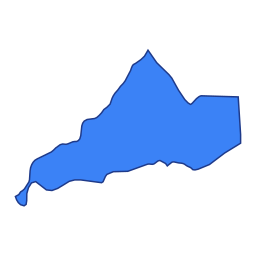 the border of Dedza
{"feature_id": "MWI-1907", "entity_name": "Dedza", "entity_type": "District", "adm_level": 1, "iso_a3": "MWI", "parent_name": "Malawi", "parent_adm1": "", "projection": "mercator", "projection_center": [34.115, -14.229], "detail": "fine", "context": "isolated", "style": "filled", "palette": "blue", "viewbox_px": 256, "rotation_deg": 0, "n_neighbors": 0, "source": "natural_earth", "source_scale": "10m", "svg_char_len": 1484}
<svg xmlns="http://www.w3.org/2000/svg" viewBox="0 0 256 256"><path d="M24.1,205.8L20.6,204.7L18.3,202.6L16.6,199.8L15.4,196.5L18.8,194.6L20.6,191.9L22.6,190.6L24.4,189.0L28.9,182.0L29.5,179.8L30.1,170.9L30.6,167.7L31.7,164.7L33.1,162.3L34.9,160.3L37.5,158.7L51.3,152.0L53.5,150.2L55.9,147.8L60.2,144.7L62.6,144.0L66.1,144.3L68.0,143.8L72.8,141.8L74.7,141.5L76.6,141.5L78.2,140.7L79.8,138.9L80.8,135.5L81.8,126.0L82.7,123.2L84.2,121.1L87.1,119.5L94.7,118.5L96.8,117.5L99.2,115.4L101.6,112.8L103.9,109.5L107.0,107.2L110.1,104.1L112.1,98.3L113.3,95.8L115.0,93.2L117.9,89.9L120.5,86.3L123.3,83.4L125.2,80.8L130.6,70.5L131.4,68.1L132.3,66.0L133.3,64.6L135.7,63.3L140.8,59.7L144.5,56.2L148.0,50.2L156.7,62.7L169.0,74.7L171.8,78.1L178.5,90.2L184.8,99.6L188.0,102.9L190.4,104.4L191.3,104.0L192.3,103.2L196.5,98.6L197.8,97.6L198.8,96.8L199.7,96.3L201.1,95.8L238.2,96.9L240.6,134.6L240.6,143.2L224.5,153.1L209.5,164.5L198.1,169.2L195.0,169.9L192.9,169.7L190.6,167.6L187.3,166.1L185.9,165.2L184.7,164.3L183.3,163.6L181.6,163.2L178.6,162.9L173.9,161.9L172.8,162.0L171.9,162.2L169.8,163.9L169.7,163.9L167.3,165.9L165.6,163.5L160.0,160.5L158.3,160.8L156.8,161.8L155.3,163.0L153.8,164.0L152.2,164.3L149.0,164.0L147.5,164.2L127.8,171.3L113.3,171.7L106.9,174.4L105.4,176.5L103.1,181.7L101.6,182.7L80.6,179.9L74.8,179.9L69.3,181.3L57.7,188.4L52.0,190.5L46.4,189.9L35.7,181.6L31.5,182.9L28.5,187.6L26.8,193.6L26.7,200.7L26.1,204.4L24.1,205.8Z" fill="#3b82f6" stroke="#1e3a8a" stroke-width="1.5"/></svg>